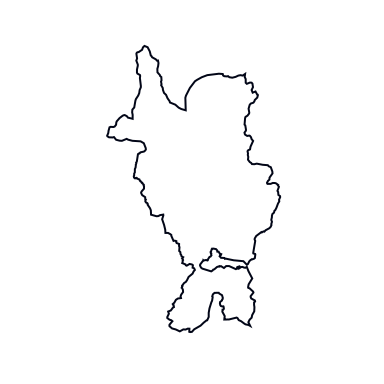 outline of Solok, Sumatera Barat, Indonesia, rotated 209°
{"feature_id": "22746128B59065860162276", "entity_name": "Solok", "entity_type": "district", "adm_level": 2, "iso_a3": "IDN", "parent_name": "Indonesia", "parent_adm1": "Sumatera Barat", "projection": "natural_earth1", "projection_center": [100.733, -0.928], "detail": "fine", "context": "isolated", "style": "outline", "palette": "ink", "viewbox_px": 384, "rotation_deg": 209, "n_neighbors": 0, "source": "geoboundaries", "source_scale": "gbopen_adm2", "svg_char_len": 6090}
<svg xmlns="http://www.w3.org/2000/svg" viewBox="0 0 384 384"><g transform="rotate(209 192 192)"><path d="M101.9,96.1L97.8,98.5L92.1,103.8L91.1,103.8L89.0,102.6L86.4,102.8L82.1,102.2L80.9,102.2L78.1,103.1L76.2,103.1L79.6,105.5L79.7,108.3L78.9,111.0L79.7,113.5L79.7,117.8L81.6,121.6L83.0,123.4L84.2,125.6L83.7,126.8L84.4,127.6L88.6,127.6L89.8,128.6L90.2,129.3L89.5,133.8L90.2,134.5L95.0,135.7L96.2,135.4L96.8,135.9L97.7,138.7L97.4,145.6L104.2,150.1L107.8,153.1L108.6,151.6L109.9,151.1L111.4,151.0L112.6,150.2L114.0,147.5L114.6,147.2L114.9,147.3L114.9,147.7L114.0,149.2L114.0,149.8L114.4,150.0L116.0,148.3L115.7,146.7L116.2,145.8L123.7,145.2L126.2,143.8L127.2,141.0L130.7,141.2L131.8,140.1L132.1,140.4L133.8,138.5L135.0,135.2L135.8,134.4L135.9,133.4L136.7,131.9L145.8,130.0L147.3,130.2L148.6,131.0L149.4,131.7L149.7,132.6L149.1,136.8L148.8,137.2L149.0,137.8L148.6,137.7L146.7,139.4L145.4,139.5L145.1,139.9L145.4,141.2L145.2,143.7L144.5,144.5L144.3,146.1L145.4,147.1L145.4,147.7L146.3,148.0L146.7,148.8L146.5,149.1L147.0,151.5L146.7,151.8L146.9,152.2L145.8,152.9L143.3,153.7L141.8,153.2L140.9,152.1L139.8,152.7L137.9,151.6L136.3,151.8L136.2,150.6L136.7,150.1L136.4,149.7L136.6,149.2L134.7,148.5L131.7,150.0L130.8,149.5L130.4,150.0L122.4,152.5L113.5,156.4L108.8,155.0L108.2,156.0L108.3,159.1L107.8,161.0L107.0,161.9L108.2,161.9L107.0,161.9L105.3,163.9L105.0,164.7L106.3,168.0L106.7,168.4L108.5,168.0L108.9,168.3L113.0,179.9L114.2,180.8L114.6,181.8L114.5,184.7L112.5,189.2L111.9,190.6L111.3,190.5L110.4,192.2L109.5,192.4L109.1,194.2L106.8,197.8L106.3,199.7L106.5,201.7L107.1,202.3L107.6,204.7L109.1,206.0L110.0,209.0L110.5,209.7L111.0,211.7L110.3,213.7L110.8,215.6L110.4,216.6L110.5,219.1L111.2,223.7L111.1,226.1L112.1,227.4L112.4,230.3L113.0,231.1L115.0,231.3L116.7,233.8L117.8,234.4L118.5,238.7L120.5,239.7L120.4,240.0L122.6,240.3L123.7,240.1L125.7,239.1L127.2,237.2L129.9,235.7L130.4,235.9L130.9,236.5L130.9,238.7L130.3,240.4L131.1,242.0L131.1,242.8L130.6,247.3L131.7,248.9L135.1,251.9L137.4,251.7L138.7,252.2L143.3,250.1L149.1,248.2L151.0,246.5L153.1,245.5L154.3,246.1L156.0,246.2L158.7,247.4L159.8,250.0L161.2,251.5L161.6,252.7L163.2,254.6L163.1,255.8L161.9,257.4L162.8,260.0L163.3,266.3L165.6,267.2L166.9,268.5L168.6,269.2L169.3,269.1L170.9,267.8L173.2,267.9L173.9,268.3L174.9,269.4L174.6,271.8L175.1,272.8L177.7,276.1L178.7,276.4L181.4,282.4L181.6,283.7L180.5,285.6L180.1,288.3L180.4,289.2L182.9,292.3L183.8,296.2L183.5,297.8L181.6,299.9L181.4,301.5L181.7,302.9L180.7,306.2L181.3,308.6L181.6,308.9L182.0,308.7L185.2,310.7L187.1,308.3L189.3,310.1L189.5,313.3L191.7,316.1L192.9,316.5L194.4,315.8L196.5,313.2L198.0,313.6L199.8,316.8L201.7,318.2L202.8,321.0L204.1,318.4L206.2,317.7L207.9,316.3L209.7,313.8L212.2,311.5L215.0,310.5L216.7,310.8L217.3,310.1L220.0,308.9L221.3,309.0L222.3,310.1L225.8,308.5L235.3,301.6L239.1,297.1L241.9,292.6L243.1,290.3L243.5,287.5L244.3,282.0L244.0,273.4L243.5,271.2L237.1,260.4L241.6,259.4L244.5,259.3L248.9,260.3L254.7,259.6L255.5,260.5L258.8,262.1L261.8,264.4L264.5,265.1L266.9,267.2L268.0,268.8L270.8,270.5L270.9,271.5L272.6,273.5L272.8,274.9L274.6,277.7L276.1,278.0L276.8,278.7L280.2,279.9L282.0,282.9L282.6,285.5L283.8,288.5L285.5,290.5L286.2,289.9L288.0,290.5L292.2,290.5L293.2,291.2L294.2,291.4L297.1,294.5L301.0,297.1L304.4,296.7L305.0,294.7L304.6,292.2L306.5,288.5L307.4,287.8L307.8,287.1L307.7,286.0L304.8,282.2L304.4,279.9L301.2,277.2L300.6,276.1L299.5,272.4L298.0,269.7L297.1,269.1L294.3,269.1L293.6,268.4L292.8,266.4L288.1,259.9L287.5,258.7L287.2,255.8L286.1,252.9L285.8,250.3L286.1,246.1L285.8,244.5L283.5,237.9L284.1,235.2L283.0,232.7L281.3,230.7L279.4,227.2L284.1,226.0L285.7,226.7L287.7,226.7L288.5,226.5L289.6,225.2L291.2,221.5L292.1,217.2L291.8,215.8L291.0,214.0L291.4,211.7L292.3,210.7L294.7,209.6L295.5,208.6L294.7,205.2L293.8,202.9L293.5,200.1L293.0,199.7L291.1,199.6L287.9,201.2L286.9,202.2L283.7,200.9L280.2,201.8L278.1,202.8L274.9,206.8L273.2,206.8L268.9,207.9L261.5,211.4L257.8,211.3L253.8,208.0L253.0,206.9L253.0,205.7L253.6,204.1L256.3,201.7L256.6,200.3L256.9,200.3L257.6,198.9L255.0,191.8L255.1,190.6L254.7,190.3L254.4,189.0L255.0,189.1L254.3,188.7L253.2,186.0L253.1,184.4L251.5,181.4L251.5,180.1L250.6,178.4L250.6,177.6L249.7,176.5L248.5,176.3L248.3,176.8L247.4,176.9L247.2,177.5L245.7,177.2L244.1,177.5L243.2,176.7L242.5,176.7L242.3,176.3L240.1,176.0L240.1,175.6L237.7,175.0L237.4,174.1L236.8,173.9L235.6,171.6L236.3,168.2L236.3,167.0L235.8,166.3L234.0,165.1L230.5,164.8L229.4,163.1L228.8,163.0L228.9,162.3L228.3,161.7L228.2,161.1L227.1,160.5L225.7,160.6L224.8,160.0L224.7,159.4L220.8,157.4L219.1,156.0L216.8,152.3L211.3,153.6L209.8,154.6L208.7,156.3L206.2,158.3L205.7,157.6L204.9,153.7L200.4,149.6L197.1,146.0L195.4,143.3L193.1,144.6L190.4,144.6L189.3,144.4L188.8,143.6L184.5,140.3L184.1,140.8L182.4,141.4L181.8,141.4L181.6,140.6L180.7,139.9L178.1,140.3L177.1,138.4L176.2,137.7L174.6,134.2L173.1,133.8L171.8,132.0L170.9,131.7L169.9,130.6L168.1,130.7L168.3,129.0L167.8,129.0L166.8,128.1L166.9,127.3L166.3,126.4L166.1,125.1L162.6,125.5L161.9,124.9L160.9,125.0L159.2,127.9L156.9,128.6L155.7,128.4L154.8,126.1L153.1,126.3L151.7,125.2L152.1,123.4L151.9,120.9L153.8,116.1L153.6,112.5L153.8,110.4L154.8,108.5L155.3,104.8L155.7,104.4L154.7,104.7L154.6,103.2L153.9,103.1L152.5,102.0L151.3,100.2L151.7,97.0L151.4,95.2L150.2,93.9L152.7,92.0L153.8,89.9L153.8,86.6L154.5,84.6L153.7,84.1L153.3,84.2L152.0,82.6L152.6,81.8L153.1,78.1L154.9,75.9L153.2,74.3L153.0,70.6L152.5,69.8L149.8,69.4L147.9,69.8L146.5,69.5L147.3,65.4L147.3,64.7L146.6,63.7L143.3,63.0L139.6,63.9L135.1,64.2L133.0,67.6L130.9,68.6L129.4,70.5L128.0,71.2L126.6,68.4L125.7,68.6L124.3,69.6L123.5,73.0L119.7,79.3L118.4,83.5L117.0,86.9L116.5,87.2L116.8,90.8L118.8,94.4L120.3,98.7L121.6,104.9L121.7,106.6L123.0,110.2L123.7,110.5L124.1,112.6L123.4,114.7L119.8,116.8L118.9,116.4L115.7,116.3L113.7,114.3L113.3,113.1L113.5,112.5L113.2,111.6L114.1,109.4L113.6,108.1L112.5,106.8L111.5,106.3L110.3,106.5L109.1,107.2L108.6,106.8L107.5,105.3L107.7,104.0L108.2,103.8L107.4,102.0L103.2,99.3L102.6,97.7L101.9,97.3L102.3,97.0L101.9,96.1Z" fill="none" stroke="#020617" stroke-width="2"/></g></svg>